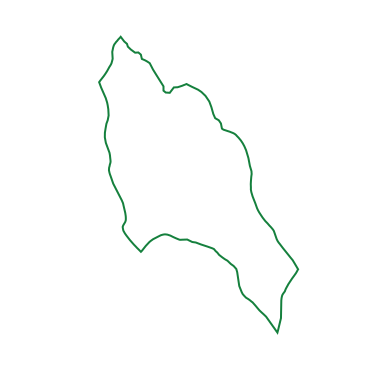 Mahaxay, Khammouan, Laos (Mercator projection), rotated 44°
{"feature_id": "54806243B31598332414602", "entity_name": "Mahaxay", "entity_type": "district", "adm_level": 2, "iso_a3": "LAO", "parent_name": "Laos", "parent_adm1": "Khammouan", "projection": "mercator", "projection_center": [105.318, 17.348], "detail": "fine", "context": "isolated", "style": "outline", "palette": "green", "viewbox_px": 384, "rotation_deg": 44, "n_neighbors": 0, "source": "geoboundaries", "source_scale": "gbopen_adm2", "svg_char_len": 2897}
<svg xmlns="http://www.w3.org/2000/svg" viewBox="0 0 384 384"><g transform="rotate(44 192 192)"><path d="M322.0,173.9L316.6,172.4L311.8,171.1L308.2,170.7L305.2,170.3L296.4,169.2L293.8,168.8L291.2,168.4L289.5,168.2L287.7,167.8L285.7,167.1L280.2,164.3L278.0,163.2L276.5,162.8L275.6,162.7L274.8,162.6L273.7,162.5L272.5,162.4L271.4,162.4L268.1,162.1L264.9,162.0L260.7,161.4L258.0,160.8L254.5,160.0L252.2,159.3L250.1,158.5L245.5,156.2L242.2,154.7L238.7,153.1L234.8,150.9L232.7,149.4L231.4,148.0L228.8,145.5L226.8,143.2L224.0,139.8L222.4,137.6L221.5,136.8L220.3,135.7L215.5,133.0L209.0,128.4L201.9,124.4L197.8,122.7L194.6,121.7L191.4,121.0L187.9,120.6L185.0,120.5L184.0,120.4L182.1,120.6L180.2,121.2L179.1,121.7L177.3,122.4L175.5,123.3L173.2,124.4L171.8,125.1L170.9,125.4L169.5,125.6L165.2,122.6L161.4,121.8L157.4,122.8L153.2,121.1L147.0,117.5L141.6,114.9L135.0,113.5L129.3,113.5L125.3,114.2L119.1,116.3L113.0,118.2L111.1,122.5L108.9,126.6L106.3,129.4L107.1,136.1L104.0,138.7L101.1,138.9L98.1,135.8L84.8,132.5L78.9,131.0L72.1,128.7L70.4,129.0L68.5,129.4L66.4,130.0L63.5,131.1L59.8,128.7L56.5,128.9L54.3,131.3L49.1,132.0L44.9,132.0L42.3,130.6L38.7,130.8L32.9,129.9L33.0,131.0L33.0,132.3L33.0,132.6L33.0,133.6L33.2,135.3L33.2,136.7L33.4,138.1L33.6,139.8L34.0,141.0L34.9,142.8L37.3,146.6L42.4,151.3L43.4,153.0L44.7,155.4L45.1,156.6L45.4,157.8L45.7,159.4L46.9,163.8L47.4,166.2L47.7,167.9L48.0,169.8L48.6,175.5L48.9,177.5L54.1,180.0L64.8,184.4L66.6,185.4L68.8,186.6L71.0,188.1L74.3,190.6L78.9,194.9L81.5,198.9L83.0,202.3L85.6,206.2L88.2,209.9L91.3,213.2L95.9,216.5L105.4,221.1L107.5,222.6L109.5,224.3L111.2,225.7L112.4,226.8L113.2,228.0L113.9,229.4L114.7,230.6L115.5,232.1L117.1,234.0L119.3,235.5L120.9,236.4L122.2,237.0L129.5,240.7L147.1,246.7L150.2,248.0L152.0,249.2L155.1,251.2L158.5,253.4L161.1,255.4L162.5,256.7L163.9,258.2L164.7,259.7L165.1,261.2L165.4,262.6L165.8,264.0L166.4,265.3L168.0,266.5L169.5,267.5L172.5,268.4L175.2,268.9L180.7,269.7L184.2,270.0L186.6,270.2L189.6,270.3L191.4,270.4L193.1,270.4L196.8,270.5L196.8,268.9L196.2,262.9L196.1,257.6L196.3,255.8L196.8,253.0L198.7,247.4L199.6,244.8L200.5,243.2L201.4,241.9L202.5,240.8L204.0,239.7L206.7,238.4L209.6,237.5L212.7,236.4L216.2,235.0L217.1,234.2L218.4,232.8L221.6,229.5L225.0,228.4L226.9,227.8L229.8,225.7L234.9,223.5L241.1,220.5L245.7,218.4L247.4,217.8L250.2,218.1L252.2,218.0L255.2,218.4L259.1,218.0L262.4,217.5L265.2,216.8L269.9,216.8L273.3,216.3L277.3,216.6L280.1,218.2L291.3,226.8L297.3,229.5L299.4,230.2L301.6,230.4L304.3,230.5L307.0,229.9L309.2,229.6L311.1,229.5L312.1,229.3L317.0,229.7L319.7,230.0L322.7,230.3L325.5,230.3L328.5,230.2L330.8,230.2L331.9,230.2L351.1,233.8L349.9,231.6L343.6,220.9L331.6,208.0L330.2,206.2L329.3,204.8L328.6,203.5L328.2,201.9L327.8,198.9L327.4,198.1L326.7,196.3L325.3,191.2L324.1,184.7L323.6,181.1L323.1,177.9L322.5,175.6L322.0,174.0L322.0,173.9Z" fill="none" stroke="#15803d" stroke-width="2"/></g></svg>